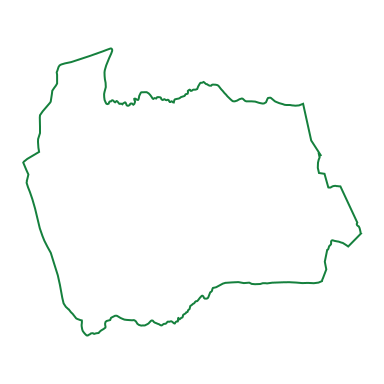 Longsane, Vientiane, Laos (Equal Earth projection)
{"feature_id": "54806243B36605497856689", "entity_name": "Longsane", "entity_type": "district", "adm_level": 2, "iso_a3": "LAO", "parent_name": "Laos", "parent_adm1": "Vientiane", "projection": "equal_earth", "projection_center": [102.9, 18.631], "detail": "fine", "context": "isolated", "style": "outline", "palette": "green", "viewbox_px": 384, "rotation_deg": 0, "n_neighbors": 0, "source": "geoboundaries", "source_scale": "gbopen_adm2", "svg_char_len": 5906}
<svg xmlns="http://www.w3.org/2000/svg" viewBox="0 0 384 384"><path d="M23.0,162.0L26.4,170.1L28.4,174.5L27.2,179.5L26.8,180.8L26.9,181.2L26.6,182.8L28.0,187.2L29.9,192.0L32.4,199.3L35.1,208.7L39.8,228.3L42.5,236.1L44.4,240.8L47.4,246.7L50.8,252.9L54.3,264.2L57.8,275.3L59.9,284.8L62.3,297.9L63.6,303.4L65.8,306.8L68.7,309.5L68.9,309.5L69.1,309.8L71.0,312.3L72.6,313.8L76.2,318.4L77.4,319.0L80.4,320.1L81.8,320.4L81.9,321.0L81.9,322.2L81.8,323.5L81.6,325.0L81.7,326.5L82.2,329.3L82.7,330.9L83.9,332.6L85.4,334.3L86.6,335.4L87.8,335.5L88.5,334.9L89.6,334.5L91.0,333.4L92.7,333.2L93.3,333.4L94.1,333.9L96.1,333.3L98.6,333.0L99.4,332.0L100.8,330.7L101.9,330.0L103.6,329.0L105.4,327.6L105.5,326.4L105.2,325.2L105.1,323.6L105.5,322.0L106.6,321.0L108.0,320.6L109.2,320.3L110.2,320.0L110.6,318.8L111.1,317.8L112.0,317.3L115.0,315.8L116.2,315.7L117.1,315.9L120.6,318.0L122.4,318.8L124.4,319.6L126.7,319.9L129.4,320.1L132.3,320.3L133.3,320.1L134.5,320.3L135.9,321.4L137.4,323.8L138.9,324.9L141.2,325.6L143.1,325.4L143.8,325.5L144.9,325.4L145.9,324.9L147.5,324.1L148.6,323.4L149.2,322.7L150.7,321.1L151.2,320.7L151.7,320.5L152.6,320.6L152.9,320.8L154.0,322.1L155.2,322.8L156.1,323.1L157.7,323.8L158.6,324.1L159.3,324.4L160.0,324.9L160.8,325.3L161.3,325.4L161.9,325.3L163.2,324.3L163.9,323.9L165.0,323.8L165.7,323.7L166.3,323.2L167.5,321.8L168.1,321.6L169.1,321.8L170.8,321.3L171.4,321.3L171.9,321.6L172.5,322.0L173.7,323.1L174.5,323.5L174.9,323.4L175.3,322.6L175.8,322.0L176.2,321.7L176.7,321.4L177.1,321.4L177.5,321.5L177.8,321.4L178.0,320.6L178.1,318.4L178.2,318.1L178.4,318.0L178.7,318.3L178.9,319.0L179.0,319.3L179.6,319.3L180.0,319.0L181.1,318.0L182.4,317.4L182.7,316.8L182.9,316.1L183.0,315.3L183.4,314.7L185.5,313.4L186.0,312.9L186.2,312.4L186.7,312.2L187.2,312.1L187.6,311.8L188.0,310.5L188.4,309.9L189.3,309.3L189.6,308.9L190.1,306.7L190.3,306.0L192.0,304.8L192.8,304.0L193.3,303.7L193.8,303.5L194.2,303.2L194.5,302.9L195.2,301.8L195.6,301.5L196.1,301.2L196.7,301.2L197.2,301.1L197.9,300.4L199.3,298.6L199.8,297.9L201.6,296.0L202.0,295.8L202.2,295.7L202.5,295.8L202.9,296.0L203.3,296.4L203.7,297.2L203.9,297.8L204.4,298.3L204.8,298.6L206.8,298.6L207.5,298.2L208.1,297.7L208.5,296.8L210.1,292.6L210.5,292.1L211.0,291.9L211.7,291.3L212.1,290.4L212.3,289.3L212.6,288.6L212.9,288.0L213.5,287.8L214.2,287.7L216.2,287.2L222.9,283.6L225.6,282.8L226.2,282.8L232.0,282.4L238.4,282.1L243.8,283.1L248.8,282.7L249.3,282.7L251.7,283.9L255.0,284.2L260.2,284.0L262.8,283.2L265.4,283.2L267.1,283.4L272.2,282.7L283.0,282.3L289.2,282.2L296.7,282.6L302.3,283.1L307.9,282.9L313.8,283.2L318.5,282.6L322.0,281.1L322.3,279.6L322.9,278.4L326.3,269.4L324.8,261.7L327.2,249.9L328.0,249.5L328.4,248.7L329.1,246.3L330.4,245.0L331.0,244.2L331.1,243.6L331.1,241.5L331.5,240.7L332.2,240.3L333.0,240.4L334.6,240.9L337.2,241.4L338.6,241.6L341.4,242.6L342.7,242.9L344.8,244.2L346.5,245.3L348.2,246.5L361.0,233.5L360.6,233.2L360.5,231.9L359.9,229.3L359.5,227.9L359.1,227.1L358.8,226.5L358.5,226.2L358.1,226.1L357.6,225.7L357.2,225.3L356.8,224.5L356.8,223.7L357.3,222.6L340.4,186.4L338.7,186.3L337.6,186.1L336.6,186.1L335.8,185.9L334.7,185.9L333.9,186.0L333.0,186.2L332.2,186.5L331.5,187.0L330.5,187.5L328.6,187.5L328.3,187.4L324.5,173.8L319.0,173.0L317.8,167.9L318.0,162.7L318.7,159.7L319.6,157.5L319.1,155.2L319.8,155.8L320.7,155.2L311.2,140.5L303.1,103.8L299.0,105.4L295.3,105.7L293.7,105.5L292.2,105.4L290.0,105.0L286.4,105.0L284.6,104.8L282.7,104.1L279.4,103.2L276.4,102.0L274.9,101.3L271.0,98.0L270.3,97.7L269.0,97.8L267.9,98.1L267.3,99.2L266.7,100.7L266.0,102.3L264.1,103.4L263.4,103.5L262.3,103.5L260.2,103.1L258.6,102.7L255.2,101.6L251.1,101.3L246.2,101.3L245.0,100.8L242.8,98.8L241.9,98.5L239.5,99.2L237.1,100.6L234.9,101.3L233.6,101.3L232.6,101.1L230.6,99.4L227.4,96.3L226.0,94.6L224.5,93.1L222.7,90.9L221.2,89.3L220.1,87.9L218.8,86.2L217.9,85.4L217.0,85.0L215.4,84.7L213.0,84.6L212.3,84.7L211.9,84.9L211.2,85.7L210.2,85.7L209.4,85.6L208.5,85.2L207.0,84.2L206.5,84.2L205.7,83.8L204.2,82.4L203.6,82.0L202.2,82.7L201.3,82.8L200.6,82.8L200.0,83.3L198.2,86.4L197.2,89.0L196.0,89.5L195.1,89.7L193.3,89.7L192.5,90.1L192.0,90.6L191.0,90.9L190.5,90.7L190.1,89.9L189.7,89.7L189.0,90.0L187.9,90.9L187.9,91.6L188.0,92.3L187.7,93.6L186.8,94.0L186.0,94.1L185.3,94.6L185.0,95.4L184.4,96.0L181.0,97.1L179.7,98.1L178.9,98.5L176.3,99.0L174.9,99.4L174.3,100.2L173.8,102.5L173.1,102.4L172.3,101.7L171.7,101.3L171.2,101.4L170.4,102.0L169.8,102.0L169.2,101.3L168.7,100.2L168.0,99.8L167.5,99.8L166.7,100.2L165.7,100.0L164.8,99.4L164.2,99.2L162.8,100.0L161.8,99.6L161.3,99.0L161.0,98.1L160.7,97.6L160.1,97.3L158.2,97.1L157.2,97.2L156.2,98.5L154.7,98.1L154.0,98.4L153.3,98.9L152.7,98.6L152.2,97.9L151.3,96.5L150.2,95.0L148.7,93.4L146.7,92.2L144.9,92.2L141.5,92.3L140.9,92.6L140.5,93.3L139.2,96.0L138.9,97.9L138.5,99.3L138.1,99.9L137.3,99.9L135.6,98.8L134.9,98.6L134.3,98.8L134.3,99.7L134.6,100.5L135.0,101.1L135.0,101.7L134.8,102.6L134.3,103.9L133.4,104.7L132.8,104.4L131.9,103.5L130.9,103.5L130.2,103.9L129.8,104.8L129.0,105.4L128.0,105.8L127.0,105.5L126.6,105.1L126.2,104.1L125.6,102.7L125.2,102.4L124.9,102.4L123.0,103.5L122.4,104.3L121.5,103.8L120.9,103.6L120.0,103.9L119.2,103.7L118.1,102.3L117.2,101.3L116.5,101.1L115.1,102.3L114.3,101.8L113.3,100.7L112.6,100.3L111.9,100.4L111.4,100.8L110.9,101.4L109.8,101.5L109.1,102.3L108.7,103.6L107.6,104.1L106.5,103.8L105.8,102.8L104.6,100.0L104.2,97.1L104.1,94.1L104.5,92.0L105.8,87.1L105.6,82.8L104.9,79.2L104.6,76.0L104.5,72.4L104.8,70.2L106.2,65.4L109.2,58.0L111.2,53.6L112.2,50.8L112.1,49.4L111.4,48.6L110.5,48.5L106.6,49.9L102.7,51.4L89.1,56.2L71.1,62.1L64.9,63.4L61.2,64.5L59.6,65.4L58.5,67.1L57.4,70.6L56.7,72.3L57.1,74.8L57.1,79.2L57.1,83.5L55.9,85.6L54.2,87.9L52.3,90.7L51.9,94.0L50.7,101.7L49.9,102.9L42.7,111.3L40.0,115.2L39.8,117.5L39.9,122.1L40.0,126.7L40.0,133.1L38.1,139.1L38.0,141.9L38.4,147.6L39.1,151.9L27.3,158.9L23.2,162.2L23.0,162.0Z" fill="none" stroke="#15803d" stroke-width="2"/></svg>